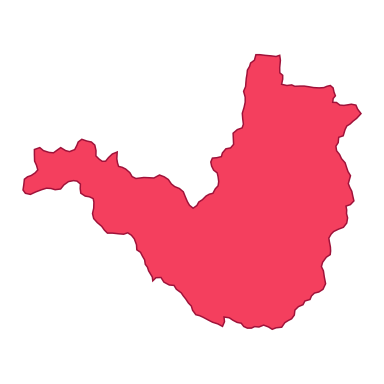 the district of Divino, Minas Gerais, Brazil
{"feature_id": "56859067B78256320871647", "entity_name": "Divino", "entity_type": "district", "adm_level": 2, "iso_a3": "BRA", "parent_name": "Brazil", "parent_adm1": "Minas Gerais", "projection": "albers", "projection_center": [-42.194, -20.579], "detail": "fine", "context": "isolated", "style": "filled", "palette": "rose", "viewbox_px": 384, "rotation_deg": 0, "n_neighbors": 0, "source": "geoboundaries", "source_scale": "gbopen_adm2", "svg_char_len": 3259}
<svg xmlns="http://www.w3.org/2000/svg" viewBox="0 0 384 384"><path d="M355.9,105.1L351.3,104.2L348.0,104.8L344.0,105.4L339.9,105.1L336.5,102.5L332.7,102.3L333.2,98.5L335.4,95.8L334.0,92.1L333.1,87.9L330.3,85.5L327.0,86.3L323.9,87.6L319.2,87.9L313.7,87.6L308.5,86.7L304.3,86.1L299.5,86.1L294.8,86.3L291.7,84.9L286.9,85.5L281.6,84.3L282.7,79.1L282.7,75.3L279.8,72.8L279.7,67.6L280.4,60.3L279.7,55.3L276.1,56.5L271.4,55.9L264.8,55.3L260.0,54.7L255.9,54.7L254.4,60.2L250.6,63.0L249.6,66.4L247.4,70.1L247.0,74.1L246.3,78.2L245.9,82.7L245.6,86.6L243.6,91.3L245.2,97.2L245.2,102.2L244.1,107.3L242.3,113.3L242.7,118.6L243.4,124.2L242.1,127.9L237.3,129.6L233.1,133.2L233.3,138.1L233.6,144.3L230.6,147.9L225.9,148.8L222.4,153.0L221.4,156.6L216.9,157.7L212.4,158.1L210.8,162.0L211.6,166.0L213.6,170.1L217.2,172.9L218.1,176.8L218.7,181.6L218.1,185.8L215.3,188.8L212.9,193.3L209.3,194.2L206.1,196.0L202.4,199.7L198.8,202.0L196.9,205.5L193.1,208.2L189.5,205.3L187.4,201.7L185.3,196.8L183.3,191.8L179.4,188.5L174.7,186.6L171.4,184.0L168.3,179.5L164.2,176.8L159.5,175.0L153.9,178.0L148.4,177.7L143.8,177.5L140.0,178.0L135.9,178.5L132.1,176.6L129.8,172.6L125.6,169.0L122.2,167.3L118.6,166.4L117.5,162.9L116.8,158.8L117.2,152.0L112.3,154.0L108.5,157.6L105.6,161.2L102.2,161.3L99.1,159.1L95.9,155.9L96.0,150.6L94.8,145.1L91.4,142.0L86.7,141.0L81.8,139.3L78.2,142.0L76.9,145.3L74.7,149.6L69.5,151.6L65.6,150.6L60.7,147.6L56.9,150.3L53.5,152.8L49.0,152.4L43.4,150.6L39.8,147.6L34.4,149.5L34.4,154.5L34.6,161.1L36.5,165.3L37.8,169.9L35.1,172.9L31.2,175.5L27.5,176.8L24.4,179.2L23.8,184.7L23.0,190.0L25.4,193.3L30.4,194.4L35.8,191.9L41.6,189.7L46.5,188.2L51.0,188.5L55.1,189.7L60.6,189.0L63.9,184.9L68.5,181.6L73.5,180.6L77.0,181.1L80.4,184.0L80.2,188.7L80.8,193.2L85.2,196.1L89.4,196.8L93.2,198.6L93.9,202.2L93.7,208.2L92.5,213.6L93.7,218.6L97.3,222.6L101.7,226.3L104.4,230.1L107.4,233.1L112.3,233.1L118.7,233.8L123.7,234.2L127.7,232.8L131.4,235.2L134.3,238.8L136.5,244.8L136.8,249.8L140.5,252.3L142.6,256.4L144.6,259.8L145.3,264.3L147.5,267.3L148.6,270.8L150.5,274.0L152.3,277.0L152.8,280.8L156.0,277.7L161.0,277.5L163.9,282.1L169.3,285.0L174.0,285.4L176.4,289.3L181.2,292.8L183.3,295.9L185.7,298.9L188.4,303.0L191.3,306.0L192.6,310.3L195.8,314.7L199.7,315.7L203.0,317.2L207.5,319.6L212.5,322.2L217.8,323.9L222.5,326.4L224.5,321.7L224.0,317.0L229.3,317.8L232.9,320.2L237.1,322.4L241.2,323.2L243.8,326.5L247.3,328.1L251.5,328.1L254.6,326.6L259.0,327.0L263.6,325.1L268.6,327.0L272.2,329.3L276.1,327.8L281.7,327.2L284.8,322.7L288.1,320.6L291.6,318.8L294.3,315.1L294.9,310.1L298.5,306.6L303.0,304.7L304.9,301.0L310.0,299.5L311.5,295.9L314.4,293.1L318.8,292.0L323.0,289.3L325.6,283.7L324.3,277.0L323.4,270.8L321.4,266.6L322.6,262.3L326.3,257.2L330.2,254.6L330.6,251.0L330.4,247.0L329.5,242.3L328.8,238.1L331.2,234.0L333.7,231.5L338.4,229.2L343.4,227.3L346.7,223.1L347.6,217.9L346.5,213.7L346.7,210.0L346.0,206.1L350.4,204.6L353.9,200.9L352.7,195.7L351.8,191.3L349.7,187.2L348.3,183.6L349.4,179.6L350.5,175.7L348.0,171.6L346.7,167.8L345.1,162.8L341.5,158.7L339.5,154.4L336.6,150.8L335.9,146.2L338.2,142.6L338.7,137.3L343.2,135.8L345.1,129.5L346.8,126.0L350.2,123.9L353.0,121.2L356.7,118.3L361.0,113.6L357.6,109.1L355.9,105.1Z" fill="#f43f5e" stroke="#9f1239" stroke-width="1.5"/></svg>